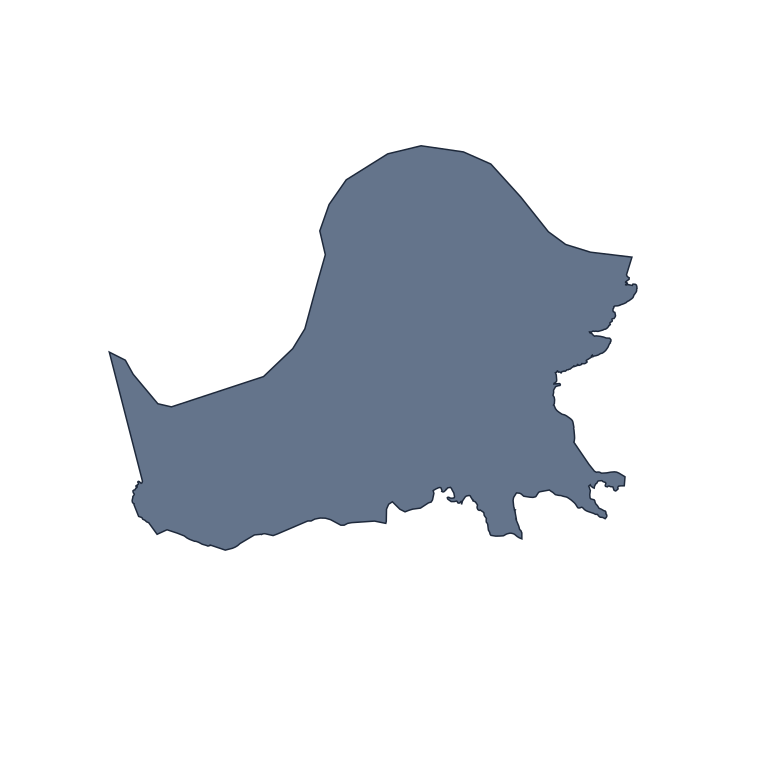 the district of North Dayi, Volta, Ghana, rotated 67°
{"feature_id": "2480657B8553529614763", "entity_name": "North Dayi", "entity_type": "district", "adm_level": 2, "iso_a3": "GHA", "parent_name": "Ghana", "parent_adm1": "Volta", "projection": "orthographic", "projection_center": [0.294, 6.818], "detail": "fine", "context": "isolated", "style": "filled", "palette": "slate", "viewbox_px": 768, "rotation_deg": 67, "n_neighbors": 0, "source": "geoboundaries", "source_scale": "gbopen_adm2", "svg_char_len": 6170}
<svg xmlns="http://www.w3.org/2000/svg" viewBox="0 0 768 768"><g transform="rotate(67 384 384)"><path d="M571.6,202.6L563.6,198.4L557.9,202.5L556.0,204.3L554.9,206.2L553.7,209.8L552.8,213.8L551.1,218.6L549.4,220.0L548.6,221.4L548.3,222.9L546.5,224.4L545.3,224.7L538.2,226.7L511.6,232.0L511.1,231.3L508.3,229.7L505.6,228.7L500.3,227.0L499.2,226.9L498.0,226.1L493.0,225.0L491.7,224.9L490.0,225.3L488.1,226.3L484.7,228.4L483.1,229.7L481.3,232.0L477.9,234.2L476.0,235.2L473.7,235.8L470.2,235.8L469.6,236.2L468.7,234.9L465.2,233.1L462.7,232.5L460.5,232.9L458.2,231.2L455.9,230.3L453.5,227.1L453.6,224.7L454.1,222.6L453.7,222.0L452.7,221.9L452.1,222.4L450.4,227.6L449.8,227.2L449.6,225.5L448.9,224.1L447.9,223.5L443.0,221.9L440.5,221.8L440.6,220.8L439.7,219.3L440.1,219.0L441.2,218.9L441.3,218.2L442.0,217.2L443.0,216.7L442.1,215.2L442.4,214.3L442.4,213.1L443.0,212.5L443.0,211.7L442.4,210.0L442.9,208.9L442.7,208.0L443.0,206.9L442.0,203.6L442.3,202.4L441.6,202.1L442.4,201.1L442.5,199.2L441.6,198.3L441.9,197.9L442.6,198.1L443.2,196.8L443.2,194.5L442.5,194.0L443.6,191.7L443.7,190.8L443.3,188.7L442.8,188.4L441.7,188.8L441.3,188.4L440.4,182.8L439.5,182.3L438.9,181.6L438.8,180.9L440.5,181.0L440.2,180.5L440.8,177.7L441.0,175.4L440.6,172.8L440.9,170.9L440.5,169.0L439.8,166.9L437.7,163.5L435.2,160.9L434.6,159.5L433.7,159.3L433.2,158.3L431.8,157.8L430.0,158.4L428.5,161.5L426.6,163.5L424.5,166.5L422.5,170.1L422.3,171.5L420.6,172.4L419.0,172.9L417.1,174.6L416.3,174.5L416.6,173.8L417.3,173.2L417.3,172.5L417.0,171.9L417.0,170.9L417.9,169.5L418.1,168.3L418.9,167.2L419.3,166.1L419.9,161.3L419.7,160.2L420.1,158.5L419.6,156.3L418.5,154.4L418.1,154.2L417.8,152.5L416.5,152.4L415.8,151.9L415.5,149.6L414.7,149.0L414.2,149.1L413.3,148.8L413.2,148.1L413.6,146.7L412.6,145.1L411.7,144.2L408.3,143.5L407.0,144.7L405.4,144.4L404.3,143.7L403.5,142.5L402.8,142.4L402.5,141.9L402.4,141.0L403.4,138.2L403.7,136.0L403.5,135.8L403.8,132.0L403.7,129.4L403.1,127.7L403.1,126.2L402.3,122.6L401.7,121.0L399.5,118.8L399.3,118.2L397.6,115.6L396.5,114.8L395.4,114.4L394.8,113.7L394.4,113.8L393.7,113.3L391.6,113.0L390.4,113.7L389.3,115.8L390.3,116.9L388.4,119.7L387.6,121.1L387.6,122.1L387.1,122.8L386.9,122.7L387.3,121.4L386.7,121.8L386.6,121.6L386.8,121.4L386.8,120.7L386.4,120.6L385.5,120.9L385.0,121.5L384.9,121.9L384.6,121.9L384.3,121.5L383.4,117.5L382.0,116.8L381.4,117.4L379.4,118.2L378.1,118.0L364.1,106.2L343.3,142.5L326.5,162.3L308.1,173.2L265.2,185.1L223.3,199.7L201.4,220.2L179.2,256.8L173.6,290.7L181.3,339.0L197.3,364.4L218.0,383.3L242.1,387.5L262.9,404.3L302.3,435.3L315.8,454.2L330.1,492.0L322.0,588.6L313.8,599.9L277.0,611.1L261.0,612.8L247.3,624.4L379.1,644.3L380.4,645.4L380.5,646.4L378.2,647.4L377.7,647.9L377.7,648.6L378.1,649.0L379.4,648.8L380.2,649.3L380.9,652.2L381.4,652.3L381.6,651.1L382.5,651.6L383.0,652.7L383.0,653.3L384.1,654.6L383.9,655.8L384.3,656.9L386.1,657.3L387.5,656.9L388.1,657.0L389.5,659.2L390.1,659.4L392.7,661.3L394.3,661.8L396.1,661.4L396.7,660.8L397.5,661.3L410.0,661.6L412.0,659.4L412.7,659.0L414.2,658.9L416.0,657.3L418.1,656.4L419.7,654.8L433.7,651.6L433.4,640.7L440.6,632.5L445.8,627.2L448.8,625.5L451.0,623.7L454.7,619.9L455.4,618.5L457.4,616.4L460.4,614.0L463.1,610.7L464.4,609.4L464.7,607.2L464.3,606.9L474.9,595.0L476.0,587.7L476.0,584.7L475.6,581.9L474.6,578.9L472.3,562.2L474.3,555.9L474.7,555.6L474.6,554.1L475.2,552.2L480.2,545.3L480.4,540.7L480.3,507.7L481.6,504.6L481.3,500.5L482.4,495.2L484.6,490.4L488.0,486.2L497.1,478.9L498.4,475.8L498.1,471.9L499.0,467.9L506.5,446.3L513.0,436.8L511.4,435.6L500.2,430.6L496.5,426.7L495.7,422.3L505.5,418.3L509.9,414.6L510.0,410.5L510.4,406.5L512.5,398.9L510.8,389.5L511.1,386.7L509.6,384.6L504.2,380.8L501.3,380.4L500.9,377.4L500.8,374.3L501.1,372.9L502.0,372.1L505.0,372.3L505.4,372.8L506.4,371.9L506.6,371.0L505.8,368.5L505.2,368.1L505.3,367.5L504.5,366.1L505.1,363.2L506.8,362.7L508.3,362.7L511.6,362.3L515.3,363.1L516.1,363.7L516.0,365.1L515.3,367.0L515.0,367.4L513.5,368.7L513.2,369.7L513.4,370.2L514.6,370.3L515.2,370.1L518.5,368.1L519.7,365.3L520.1,363.0L520.4,362.7L522.4,362.4L522.8,361.8L523.1,360.8L522.2,359.2L522.2,358.9L523.1,358.7L525.2,359.7L522.3,357.4L519.7,353.4L519.3,351.9L519.9,349.1L520.7,348.3L521.7,348.3L524.8,347.8L525.7,347.3L526.2,347.8L528.3,345.9L531.9,345.2L533.6,346.4L534.4,346.7L535.9,346.7L536.6,346.5L537.5,345.8L537.7,345.2L537.6,344.7L540.9,342.6L541.5,342.4L544.1,343.1L547.9,342.3L548.9,343.0L551.0,343.8L552.5,343.4L553.8,343.4L559.3,345.0L561.5,344.7L563.9,345.0L565.1,344.7L567.7,340.6L569.1,337.1L570.2,333.9L570.4,333.2L570.0,330.0L570.1,328.7L570.5,326.4L571.0,325.3L572.2,323.6L573.3,322.6L576.6,320.9L578.4,319.6L580.4,317.6L574.9,315.3L572.4,315.3L570.9,316.0L567.6,315.5L560.4,315.4L560.0,315.2L559.6,315.3L558.8,314.7L558.2,314.7L558.5,314.6L553.2,313.4L553.1,313.2L551.8,313.3L551.6,312.9L551.3,313.2L550.4,313.0L550.5,312.7L550.0,313.0L549.0,312.6L547.9,312.6L541.7,310.7L539.9,309.6L539.0,308.9L536.0,304.6L537.6,301.7L539.2,300.4L540.1,300.1L541.9,299.2L545.1,294.1L546.6,291.2L547.0,288.8L546.9,288.1L544.4,284.4L544.0,283.1L546.2,273.2L548.3,272.0L549.6,271.0L552.8,269.5L554.8,266.7L555.8,264.7L557.4,262.9L559.4,260.1L560.8,259.0L564.0,257.0L567.5,255.3L569.2,254.7L573.4,254.0L573.9,253.7L574.4,252.8L574.6,251.8L574.6,250.4L575.0,249.8L576.3,249.1L577.9,248.6L579.8,247.3L581.1,246.0L585.1,241.5L586.6,240.3L587.3,238.7L587.6,238.4L588.9,238.2L590.4,237.5L591.1,237.0L592.3,234.8L594.4,233.1L593.9,232.4L593.9,231.9L593.1,230.8L592.3,230.3L590.8,230.1L590.2,230.5L588.8,229.8L587.5,229.9L586.6,231.0L584.0,233.0L582.4,234.6L579.2,235.1L577.0,235.9L575.4,235.9L573.7,235.6L572.6,235.9L570.7,238.4L569.7,238.8L568.9,238.7L566.2,237.8L562.5,235.6L561.6,235.7L559.5,235.4L558.0,235.5L557.4,233.5L558.2,233.6L559.0,233.3L560.9,232.3L562.0,231.2L560.4,230.2L559.3,228.9L558.6,228.0L558.6,227.1L557.1,225.2L557.0,224.4L558.1,221.2L559.5,220.5L561.1,218.7L562.0,218.5L564.0,220.1L564.8,220.1L566.0,218.5L565.6,217.6L565.8,216.8L566.1,216.4L566.9,215.8L567.9,213.9L568.3,213.5L571.5,213.8L572.8,212.9L573.0,212.3L572.2,209.8L572.0,209.5L570.6,209.3L569.7,208.1L570.2,206.1L571.6,202.6Z" fill="#64748b" stroke="#1e293b" stroke-width="1.5"/></g></svg>